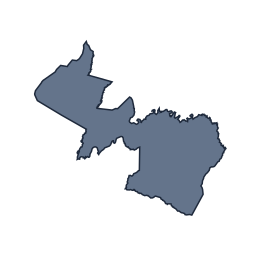 outline of Mpongwe, Copperbelt, Zambia, rotated 30°
{"feature_id": "96606910B43712843056023", "entity_name": "Mpongwe", "entity_type": "district", "adm_level": 2, "iso_a3": "ZMB", "parent_name": "Zambia", "parent_adm1": "Copperbelt", "projection": "equal_earth", "projection_center": [27.957, -13.579], "detail": "fine", "context": "isolated", "style": "filled", "palette": "slate", "viewbox_px": 256, "rotation_deg": 30, "n_neighbors": 0, "source": "geoboundaries", "source_scale": "gbopen_adm2", "svg_char_len": 5835}
<svg xmlns="http://www.w3.org/2000/svg" viewBox="0 0 256 256"><g transform="rotate(30 128 128)"><path d="M226.8,171.5L226.2,147.9L223.2,143.8L221.9,142.6L220.1,141.7L220.1,139.1L218.9,136.4L218.7,134.0L218.2,132.7L218.4,129.0L219.1,127.0L219.5,124.0L218.8,121.6L219.7,119.9L220.9,119.3L221.9,118.2L222.2,117.3L222.7,112.4L223.6,111.1L223.1,109.2L223.8,108.0L223.7,106.3L223.3,105.8L223.6,104.6L222.6,102.6L223.3,101.5L222.7,100.7L222.9,99.2L222.6,98.5L223.1,96.9L222.3,96.4L222.2,97.3L221.2,97.3L221.2,96.5L220.3,96.8L219.3,95.9L219.2,95.4L218.7,95.6L218.6,96.3L218.1,95.9L217.4,96.4L216.6,95.5L216.6,94.8L215.0,94.5L214.4,94.7L213.9,93.1L212.7,92.6L212.5,92.1L211.0,92.3L210.3,89.7L209.6,88.6L209.5,87.7L209.0,87.3L209.0,86.9L208.7,87.5L208.1,86.6L206.7,86.4L206.2,85.6L206.1,82.9L205.4,82.8L204.2,81.2L203.8,81.2L203.6,80.1L203.2,80.3L202.9,79.7L202.6,80.0L202.2,79.2L201.4,80.2L201.1,80.0L200.5,80.3L200.4,81.1L199.8,80.9L199.5,82.1L198.8,82.3L198.1,81.4L197.0,81.2L195.9,79.6L195.0,80.0L194.4,78.6L193.8,78.1L193.4,78.1L193.5,78.8L192.9,79.5L191.3,79.3L190.5,78.2L190.1,79.2L189.4,78.4L188.7,78.2L187.9,79.0L187.0,78.1L186.1,78.8L185.5,78.8L185.3,79.2L185.6,79.2L185.8,80.2L182.6,81.1L182.5,83.3L180.8,85.6L179.9,87.8L178.5,86.7L177.8,84.5L176.5,84.1L175.6,85.9L175.6,86.5L177.3,86.5L177.8,87.6L176.6,89.4L175.6,89.9L174.6,89.6L174.2,90.3L175.9,91.5L176.3,92.5L175.6,92.3L174.8,93.1L172.4,92.8L171.9,93.8L171.2,93.9L171.0,95.6L170.3,97.1L168.4,95.9L166.7,95.6L167.1,92.1L166.5,91.4L165.9,91.7L165.9,92.6L164.0,95.9L163.0,95.7L161.7,92.0L161.5,90.8L160.1,91.0L159.9,95.2L159.1,95.6L159.7,96.5L159.0,97.0L158.6,96.8L158.7,95.9L157.8,96.2L156.7,94.7L158.6,92.7L158.0,91.8L157.1,91.5L156.0,92.2L155.2,93.5L153.9,93.7L152.5,92.6L151.7,93.0L150.2,96.1L149.3,96.5L149.1,97.6L148.5,97.6L148.3,98.0L148.1,97.2L147.1,97.7L146.4,97.2L145.2,95.4L145.1,98.0L146.3,99.8L145.7,102.1L143.9,101.9L143.2,101.0L142.5,99.1L141.5,99.0L140.7,99.9L140.2,100.7L140.4,101.3L141.2,100.3L141.8,100.2L142.2,100.7L142.2,103.0L140.0,104.7L139.9,106.3L138.4,108.1L138.2,110.2L139.0,111.6L137.5,112.2L137.4,113.4L136.7,114.8L136.8,116.5L136.4,116.6L135.9,115.8L134.1,114.7L132.2,115.2L131.9,116.4L132.1,117.1L133.6,116.9L134.5,117.8L134.2,119.5L133.4,120.6L130.4,120.6L128.8,122.3L126.5,122.1L125.6,121.3L125.1,117.9L126.2,116.6L126.7,113.9L125.7,110.7L124.9,110.2L123.6,107.8L122.9,107.9L122.2,106.5L117.9,101.7L115.6,100.4L113.9,100.4L109.4,116.4L107.5,117.4L105.3,120.4L91.3,126.5L90.9,126.2L91.4,125.5L90.9,124.8L91.3,124.5L90.8,124.4L91.3,123.6L91.0,123.6L90.8,122.7L91.1,122.2L91.4,122.7L91.6,122.4L92.1,120.3L92.2,118.5L91.9,117.9L91.5,118.2L91.5,117.6L90.8,117.9L91.0,117.0L90.4,116.6L90.7,115.6L90.2,115.5L89.9,114.7L90.2,114.3L89.9,114.2L89.9,113.7L89.3,112.9L89.5,112.5L89.0,110.8L88.6,110.6L88.6,109.8L89.0,109.4L88.6,109.2L88.2,108.1L88.5,107.0L88.2,106.9L88.2,106.1L87.5,105.0L87.9,104.0L88.3,104.1L88.4,103.5L88.8,103.3L88.9,102.0L89.1,102.3L89.3,101.9L89.5,101.1L89.1,100.8L89.9,100.3L90.6,99.0L90.7,98.1L90.4,97.9L90.9,97.1L91.1,96.0L66.9,102.2L67.3,100.6L66.6,100.2L66.7,99.6L67.3,98.7L67.0,98.1L67.3,97.5L66.6,96.2L66.8,95.6L66.1,95.8L65.6,93.4L65.2,93.1L65.0,92.2L64.4,92.0L64.7,91.3L64.4,91.3L64.1,90.4L64.4,89.4L63.5,88.9L63.4,88.0L63.1,88.0L62.6,86.4L62.1,85.9L62.2,85.1L61.9,84.3L62.3,83.4L62.2,82.6L61.8,82.6L61.9,82.2L61.5,81.8L61.3,82.1L61.1,81.4L60.4,81.0L59.6,79.2L56.4,79.0L52.5,76.1L51.0,76.1L48.6,73.9L48.1,78.5L49.9,81.2L51.5,86.4L51.3,91.6L51.0,93.0L49.9,95.3L45.8,97.0L44.7,103.2L44.7,105.1L38.4,107.5L36.9,113.0L36.9,115.9L30.7,129.2L30.3,131.1L30.4,132.2L29.2,141.9L30.1,145.1L30.7,145.9L35.8,149.6L64.2,150.1L92.5,149.9L92.4,150.7L93.6,152.1L93.4,152.4L93.9,153.7L93.0,154.3L93.4,155.4L92.5,156.5L92.9,157.4L92.8,158.0L94.0,159.0L94.1,159.5L93.8,159.8L94.3,160.7L94.1,161.3L94.6,161.7L93.8,162.7L94.1,163.1L94.7,162.9L94.8,163.4L95.4,163.4L95.6,163.0L96.9,163.7L96.7,165.3L97.3,166.1L97.6,167.3L96.7,168.1L96.9,168.6L96.6,169.4L96.9,171.9L97.5,172.5L97.6,173.1L97.2,172.6L96.8,172.8L96.7,173.6L96.3,173.3L96.2,174.5L97.0,175.4L97.6,175.2L98.2,176.1L98.7,178.6L99.7,179.5L99.5,180.1L99.7,180.6L100.2,179.8L101.7,179.2L101.1,177.7L101.7,176.3L103.9,175.5L104.3,176.2L105.3,175.1L105.5,175.9L106.0,176.2L106.1,175.7L105.5,174.8L105.7,174.0L106.6,174.4L107.4,172.8L108.4,173.1L108.9,172.8L109.1,171.8L108.1,169.3L108.1,166.7L107.3,163.9L107.6,162.3L108.6,161.0L109.6,160.5L111.3,160.6L113.2,162.5L114.1,162.7L114.2,164.9L115.9,165.6L115.8,164.5L116.4,161.2L117.6,158.6L117.7,156.9L120.9,152.9L121.3,151.2L120.8,147.8L121.0,147.0L121.7,146.4L122.8,148.0L124.1,147.8L124.2,146.5L123.4,143.6L123.4,142.5L126.2,138.8L127.5,138.4L128.7,139.0L130.8,141.7L131.7,142.1L132.2,142.9L133.1,142.8L133.2,143.3L134.2,143.8L134.7,144.6L136.6,144.8L137.6,144.3L137.8,144.8L140.0,144.9L140.8,145.6L141.1,145.0L142.0,144.8L143.3,143.7L144.4,144.0L145.7,142.3L146.2,140.5L147.7,138.7L159.0,159.0L158.3,159.9L158.1,161.1L157.2,163.0L155.8,164.7L155.9,166.5L155.5,167.6L155.0,167.9L153.9,167.8L152.7,168.6L153.4,170.7L153.2,171.9L154.0,173.3L154.3,175.2L155.4,175.7L155.1,178.2L155.6,179.5L156.3,179.9L156.4,180.6L155.9,181.3L156.0,182.0L156.7,181.5L157.9,182.1L160.4,180.8L160.9,180.1L162.8,179.8L163.4,179.5L163.9,178.2L164.3,178.2L164.5,178.8L165.4,178.5L165.9,179.0L167.4,178.8L167.9,178.4L169.4,179.2L170.4,178.6L171.1,178.8L171.4,178.3L172.3,178.0L173.6,178.5L176.3,178.2L177.7,177.0L178.7,176.9L179.0,176.5L182.7,177.2L184.0,176.4L185.0,175.1L185.2,174.1L185.9,173.2L191.0,172.0L192.1,173.0L193.6,172.9L194.2,173.3L194.6,173.0L196.8,173.5L198.3,174.6L199.6,174.1L200.2,174.5L200.6,173.6L203.2,172.2L204.5,173.6L205.6,173.5L206.1,174.1L207.1,173.7L207.5,174.1L209.9,174.1L212.5,175.1L213.8,174.4L216.6,174.7L217.3,174.3L219.8,173.8L220.7,174.5L222.1,174.0L224.6,172.1L226.8,171.5Z" fill="#64748b" stroke="#1e293b" stroke-width="1.5"/></g></svg>